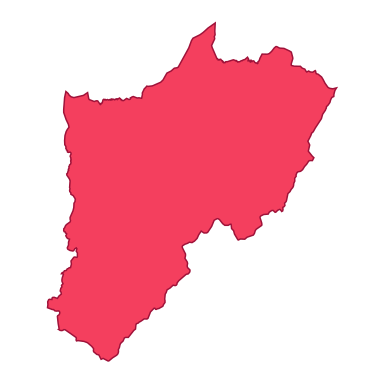 outline of Mae Tha, Lampang, Thailand
{"feature_id": "78962969B93030636788506", "entity_name": "Mae Tha", "entity_type": "district", "adm_level": 2, "iso_a3": "THA", "parent_name": "Thailand", "parent_adm1": "Lampang", "projection": "equal_earth", "projection_center": [99.567, 18.089], "detail": "fine", "context": "isolated", "style": "filled", "palette": "rose", "viewbox_px": 384, "rotation_deg": 0, "n_neighbors": 0, "source": "geoboundaries", "source_scale": "gbopen_adm2", "svg_char_len": 5783}
<svg xmlns="http://www.w3.org/2000/svg" viewBox="0 0 384 384"><path d="M61.5,273.7L62.9,273.7L63.4,274.3L62.2,278.0L61.9,280.1L62.0,281.4L63.0,283.8L61.5,285.3L61.9,286.9L60.8,288.3L60.2,291.0L61.1,292.3L61.3,294.1L59.0,296.0L57.4,298.4L54.2,297.3L52.7,297.4L52.1,298.0L51.9,299.5L49.3,299.3L48.6,299.8L47.7,301.8L47.9,304.7L47.5,307.7L52.2,309.5L53.6,309.6L54.8,310.8L56.4,311.1L58.8,310.9L59.7,312.0L59.8,312.9L59.5,314.0L58.9,314.9L57.7,315.7L57.4,316.4L58.2,323.7L59.1,328.7L58.9,329.3L58.6,329.4L60.1,330.4L61.5,330.6L62.7,330.4L63.9,329.6L65.2,329.8L76.0,337.4L76.3,338.0L76.1,340.1L76.5,340.9L78.1,340.6L84.0,341.4L87.5,342.7L91.7,346.3L93.6,348.7L93.4,350.8L93.7,351.8L96.8,354.4L98.8,354.9L101.1,359.3L103.1,358.4L108.1,361.0L109.0,360.8L112.6,357.8L116.7,355.2L117.9,353.8L118.5,351.9L118.4,349.6L119.4,347.5L120.0,344.7L120.6,343.4L123.1,341.0L124.4,337.9L125.6,337.4L128.3,337.4L133.8,330.4L135.5,329.1L135.9,324.9L136.4,323.7L138.2,323.1L139.5,321.8L140.3,321.6L144.2,318.9L147.0,319.0L148.0,318.3L150.5,311.9L154.0,308.3L154.8,308.2L155.6,309.3L156.1,309.4L157.9,308.6L158.7,308.6L162.8,306.3L163.6,304.4L165.0,302.5L165.0,300.7L164.7,299.1L165.2,294.2L166.2,292.5L167.1,289.8L170.1,288.0L173.1,285.2L175.2,285.6L176.2,285.2L176.8,284.5L177.2,282.8L178.8,280.7L185.7,274.7L186.5,274.2L188.0,274.0L189.2,272.8L189.8,271.9L190.0,270.6L189.8,269.7L188.1,268.2L187.3,266.9L187.2,265.6L187.6,263.3L187.1,261.7L184.9,258.3L185.5,255.9L185.5,254.0L182.4,247.8L182.2,246.6L182.6,245.7L185.0,244.2L187.6,243.3L189.4,242.2L192.0,242.6L194.5,241.1L197.1,238.4L198.7,234.8L201.2,231.1L204.0,233.0L206.7,232.9L207.7,232.3L211.6,226.5L214.2,220.2L217.0,218.7L218.1,218.7L219.5,219.6L222.7,223.7L224.8,225.3L228.2,225.3L230.2,224.2L231.1,224.3L231.6,228.6L233.6,230.7L234.5,234.1L237.9,239.8L238.4,240.0L240.4,239.0L244.8,239.2L247.1,237.2L253.3,235.1L254.4,233.5L255.3,230.5L256.3,229.2L261.7,225.4L261.9,224.3L261.6,222.6L260.0,217.6L260.2,216.6L260.9,215.9L263.7,214.5L268.2,214.1L269.3,212.1L271.8,210.5L273.1,210.4L275.1,212.3L275.9,212.1L277.7,210.3L279.5,209.4L280.3,209.6L281.7,211.5L282.7,210.9L283.0,209.5L282.8,207.4L283.9,206.8L284.9,205.6L284.6,203.2L286.1,201.6L286.5,200.5L287.9,193.6L290.0,191.6L291.1,189.5L292.8,187.5L293.5,185.9L293.8,183.2L294.8,181.1L294.7,178.3L296.2,176.2L296.0,175.0L297.0,172.6L298.0,171.8L300.6,171.3L302.6,169.7L304.5,166.6L306.6,164.3L308.7,161.1L309.8,160.6L312.4,160.6L313.9,157.7L312.3,156.2L308.3,151.2L309.7,145.0L307.9,141.2L310.8,135.6L311.6,133.2L313.2,131.8L315.3,128.0L321.4,118.7L322.6,114.3L325.4,110.2L325.7,109.2L326.2,108.4L326.5,106.6L328.0,105.2L329.9,102.5L330.7,99.6L331.9,97.4L333.8,96.5L333.9,94.3L334.9,90.5L336.5,87.9L332.8,88.8L329.6,88.3L327.9,87.3L325.0,83.2L323.1,79.5L321.6,77.0L318.1,74.2L316.3,73.7L315.9,72.8L315.6,71.1L315.2,70.6L312.7,72.2L310.4,72.0L308.6,71.0L306.8,72.0L306.0,71.2L304.8,69.1L302.3,68.2L300.4,66.3L294.3,66.2L291.6,65.5L291.2,65.0L291.3,63.6L292.8,58.7L292.7,57.4L291.3,52.1L289.6,51.0L284.0,48.4L279.6,48.1L276.7,46.6L275.9,46.6L274.3,47.9L271.6,51.4L269.2,53.6L267.3,54.2L262.1,54.1L260.0,58.1L259.1,60.8L258.0,61.7L257.8,63.4L257.3,63.6L256.6,62.9L256.0,63.1L254.7,62.3L254.1,61.2L253.6,60.9L252.7,60.9L252.0,61.6L251.0,60.2L250.6,60.8L250.7,61.7L250.3,62.0L249.3,60.6L248.1,60.9L248.0,60.3L248.7,59.3L247.5,57.2L244.9,59.5L243.0,60.0L242.4,60.6L241.3,60.7L239.7,61.7L238.7,61.7L237.9,62.1L236.6,60.7L236.2,61.0L235.9,60.6L235.3,60.7L235.0,60.3L233.3,59.8L227.3,61.7L225.8,61.7L225.1,62.6L224.4,62.4L224.1,62.7L223.2,61.7L223.0,62.2L222.3,61.4L222.3,60.7L221.4,60.3L220.9,59.4L220.1,59.2L219.4,59.9L219.0,59.7L218.2,60.0L217.6,58.7L217.0,58.8L212.1,47.4L211.6,45.5L214.7,38.8L214.3,36.6L215.1,34.8L214.8,31.4L215.2,23.0L208.2,27.9L203.1,32.5L199.9,34.8L193.0,38.2L191.5,40.6L188.8,47.9L178.3,67.0L177.3,67.7L174.3,68.2L171.1,71.0L166.9,73.1L163.0,80.0L160.6,82.3L152.3,85.9L148.0,86.4L146.8,86.1L145.4,87.8L144.4,88.6L142.3,93.0L142.4,94.5L141.6,98.3L139.0,97.8L137.2,98.0L133.2,96.5L131.5,97.2L131.1,97.8L130.4,97.8L130.4,98.8L130.0,99.3L129.0,99.5L126.6,98.4L123.6,100.6L122.0,100.5L121.6,99.6L120.9,99.7L120.4,98.7L119.4,98.0L118.3,98.9L117.7,98.8L117.2,99.5L116.7,98.9L116.1,98.8L115.7,99.4L114.5,99.8L113.8,99.2L112.3,99.7L111.9,98.9L111.2,99.2L111.1,100.0L110.5,100.1L110.1,100.0L110.0,99.5L108.5,100.0L107.4,99.5L106.1,100.0L105.5,99.5L104.8,99.9L104.4,99.4L103.7,99.3L103.0,99.9L102.2,102.9L101.5,103.1L100.8,104.2L100.4,103.8L100.1,104.3L97.7,100.9L96.3,100.8L94.2,101.5L89.3,99.6L88.7,98.6L87.6,92.6L83.4,95.4L73.9,97.6L71.1,96.8L69.2,95.2L68.2,93.5L65.9,91.5L64.6,97.6L63.7,109.5L63.7,112.5L66.1,119.5L68.4,124.4L69.0,127.2L67.3,129.5L66.2,131.5L65.0,135.5L64.6,140.6L64.8,144.8L65.7,146.1L66.0,147.4L65.8,148.3L66.2,148.9L66.5,150.0L67.5,150.5L67.3,151.5L67.5,152.0L68.3,152.4L70.1,152.1L70.9,152.9L71.1,154.0L70.4,155.3L70.2,156.5L70.9,158.0L70.8,158.9L71.1,159.8L70.7,160.3L70.9,160.9L70.7,161.7L71.0,162.3L70.7,163.9L69.6,164.9L69.3,166.1L68.9,166.5L69.0,168.2L68.3,169.3L68.6,170.4L68.2,170.7L67.4,173.4L66.7,173.9L66.9,175.2L69.4,178.9L70.1,180.9L69.6,187.5L70.0,188.8L69.6,190.2L69.8,191.6L70.8,192.8L70.9,194.3L73.2,195.6L75.4,199.1L75.1,199.9L75.1,201.4L74.0,203.2L73.8,207.5L73.0,210.8L70.1,217.4L70.1,219.2L70.5,220.5L70.3,221.5L70.0,222.0L66.4,224.6L65.4,225.9L64.6,227.8L63.8,228.7L63.7,230.7L64.2,231.7L65.3,232.0L65.5,233.0L66.6,233.6L66.6,234.2L65.8,235.8L66.8,237.6L67.6,238.5L69.5,239.2L68.5,242.1L68.5,245.1L67.3,247.7L67.5,248.7L67.9,249.3L70.1,250.5L72.9,251.0L73.7,250.6L74.8,248.8L76.3,247.9L76.9,248.8L76.2,251.1L77.4,252.9L77.4,256.7L76.9,257.4L74.8,257.0L73.8,257.3L71.0,261.0L71.4,264.1L70.5,267.6L69.2,267.7L68.3,268.5L67.3,268.8L66.3,270.4L64.4,270.8L63.6,272.1L62.1,272.7L61.5,273.7Z" fill="#f43f5e" stroke="#9f1239" stroke-width="1.5"/></svg>